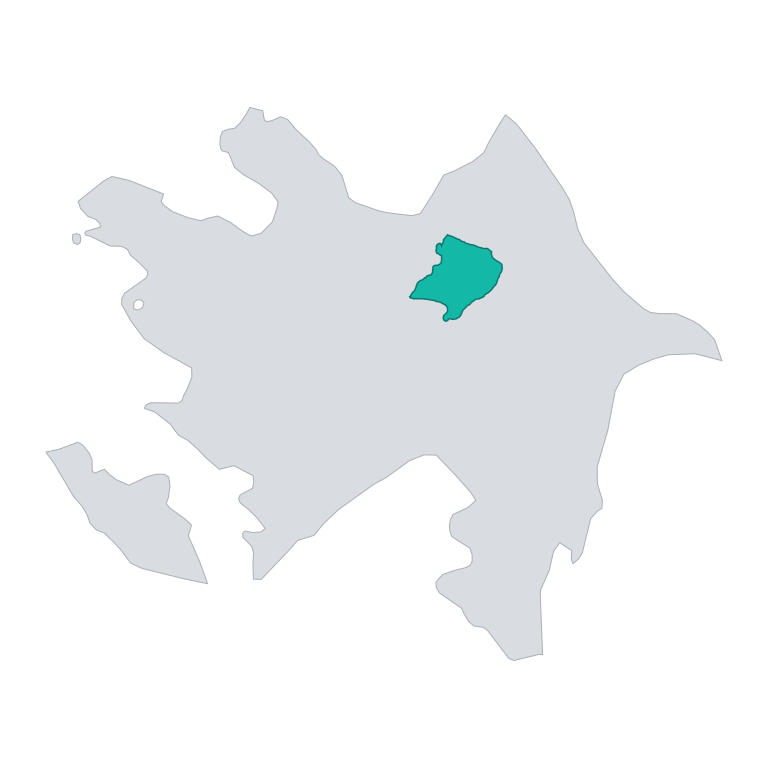 location of Ismailli District, İsmayıllı, Azerbaijan
{"feature_id": "54616110B45290451128830", "entity_name": "Ismailli District", "entity_type": "district", "adm_level": 2, "iso_a3": "AZE", "parent_name": "Azerbaijan", "parent_adm1": "İsmayıllı", "projection": "equal_earth", "projection_center": [48.125, 40.803], "detail": "fine", "context": "in_parent", "style": "filled", "palette": "teal", "viewbox_px": 768, "rotation_deg": 0, "n_neighbors": 0, "source": "geoboundaries", "source_scale": "gbopen_adm2", "svg_char_len": 5587}
<svg xmlns="http://www.w3.org/2000/svg" viewBox="0 0 768 768"><path d="M542.6,654.6L539.1,654.3L514.2,660.5L508.9,658.5L487.5,630.4L483.1,627.3L473.9,626.0L468.5,621.4L464.1,613.9L461.6,608.3L439.6,593.1L436.3,587.5L435.9,582.6L439.1,578.2L442.8,574.5L453.6,570.7L466.2,567.5L470.2,565.2L472.2,561.1L472.1,554.7L470.0,548.3L452.0,536.7L450.0,531.7L449.4,525.6L450.5,519.2L453.3,514.3L468.0,507.5L475.8,500.4L470.9,492.6L455.1,474.7L436.3,455.1L423.8,454.9L409.4,460.7L386.2,477.5L373.4,484.6L356.7,496.5L338.4,509.7L323.5,523.7L314.1,535.3L297.6,540.4L289.1,550.2L261.2,579.4L253.4,579.1L253.0,564.5L253.5,553.0L251.8,546.4L242.9,537.3L242.8,533.4L245.2,531.0L252.1,532.5L260.9,532.0L265.2,528.4L255.8,516.5L247.4,508.5L240.3,503.1L238.8,499.9L238.8,497.6L240.3,494.9L252.5,488.3L253.8,482.3L253.0,475.6L233.8,465.7L219.3,469.3L206.4,458.2L198.2,449.6L187.9,440.4L178.6,435.3L169.9,423.8L154.6,411.9L144.7,408.5L144.9,406.7L146.7,404.5L150.9,402.7L178.4,403.1L181.8,401.0L183.5,395.9L187.4,388.3L191.9,377.2L191.6,367.9L164.2,352.8L144.3,338.9L130.7,320.7L121.5,304.0L121.9,298.4L124.7,293.1L146.3,277.8L147.8,273.8L147.3,271.1L139.8,263.3L130.4,255.2L127.4,249.3L121.4,246.3L110.0,246.0L90.1,236.1L85.8,235.2L84.9,233.2L85.9,231.2L100.3,227.2L100.1,223.9L95.9,219.5L87.8,216.3L80.5,208.4L78.1,201.3L104.2,180.6L111.9,176.5L128.7,180.3L163.6,194.0L161.2,201.7L164.7,205.9L172.7,211.8L188.1,217.7L201.1,220.8L207.8,218.2L217.9,216.0L230.9,222.8L242.9,231.4L248.9,234.9L252.1,236.0L261.3,233.1L272.4,221.9L276.8,208.5L278.1,202.0L271.7,193.1L258.6,183.4L243.9,174.9L234.5,167.4L228.5,152.6L222.4,151.0L220.9,149.1L219.9,144.0L220.3,137.0L222.4,131.6L228.4,129.2L234.5,128.4L240.0,123.2L246.9,113.1L249.8,107.5L262.7,110.7L264.3,119.8L266.6,121.7L271.9,120.6L280.8,116.8L287.8,119.7L296.9,130.5L309.4,141.9L316.1,149.6L318.8,154.9L325.2,160.0L334.5,166.1L342.0,175.5L348.6,197.6L355.3,202.7L379.6,211.1L388.1,212.8L411.9,215.7L420.3,213.6L432.6,194.6L443.7,175.1L454.0,171.0L472.6,161.6L483.8,152.7L488.4,143.1L498.9,124.9L505.4,114.8L516.3,123.8L535.4,148.3L562.7,188.3L569.4,199.7L573.9,212.8L577.7,228.8L584.0,242.9L611.9,278.5L623.9,291.7L643.5,308.7L650.5,312.5L659.6,313.6L676.3,313.7L691.8,320.4L699.5,325.0L707.4,331.8L714.6,339.7L721.9,360.7L695.0,353.7L668.0,354.8L652.8,359.3L638.0,365.5L623.9,374.2L615.1,391.1L607.8,430.3L597.1,467.1L597.5,484.2L602.4,500.5L601.9,508.3L596.9,511.6L590.7,518.6L582.4,552.5L578.3,559.3L572.9,563.5L571.4,559.5L571.7,550.6L559.7,542.7L553.5,551.5L549.3,570.2L540.6,589.9L540.2,593.7L542.6,654.6ZM142.7,307.5L143.9,302.3L140.6,299.9L137.0,299.8L133.9,302.4L133.8,308.9L138.1,310.1L142.7,307.5ZM51.9,460.4L47.9,455.0L46.1,452.0L58.1,449.5L78.1,442.2L83.4,445.7L89.1,453.1L92.0,459.4L92.3,471.2L94.7,473.1L104.4,469.2L108.7,473.9L116.0,479.6L128.9,485.2L147.7,476.4L157.0,474.2L164.6,474.3L168.7,477.1L170.0,486.2L168.4,497.5L166.2,503.7L170.0,508.2L185.2,519.1L191.5,525.2L188.3,535.7L199.5,561.3L203.2,571.3L207.6,583.7L184.3,578.9L142.2,568.5L130.7,563.1L119.9,548.8L113.5,541.9L104.0,533.0L96.1,529.7L90.2,523.5L86.9,514.4L82.0,506.2L73.5,496.5L54.4,463.8L51.9,460.4ZM80.1,242.7L77.5,244.5L73.5,242.7L72.4,238.8L72.8,234.6L76.7,233.6L79.9,234.8L80.8,238.6L80.1,242.7Z" fill="#d9dde1" stroke="#a8b0b8" stroke-width="1"/><path d="M447.5,234.8L446.7,235.9L446.0,236.8L444.9,238.0L443.9,239.1L443.4,240.0L443.5,241.5L442.7,243.0L442.3,243.8L441.9,245.4L441.6,246.0L441.3,245.4L441.1,244.5L440.4,243.5L438.9,243.5L438.0,244.0L437.2,244.7L436.7,245.4L436.3,246.5L436.5,247.8L436.3,249.4L435.9,250.7L436.5,252.1L436.7,253.1L438.2,253.6L439.2,254.5L441.6,255.8L441.6,257.5L441.6,259.3L441.3,261.9L440.9,263.2L439.4,264.4L437.9,265.2L434.8,265.4L433.8,265.8L433.0,266.8L432.9,268.8L432.6,270.6L432.5,272.3L431.8,273.8L431.4,274.9L430.3,274.9L429.7,275.1L428.8,275.2L427.8,275.6L426.7,276.2L426.3,276.6L425.6,277.7L424.4,278.0L423.9,278.7L422.7,279.7L421.7,280.1L420.5,280.5L419.4,281.4L418.6,281.8L417.7,282.7L417.2,283.7L417.0,284.4L416.4,285.7L416.2,286.6L415.8,287.8L415.2,289.0L415.2,289.6L414.8,290.2L414.2,290.9L413.7,291.6L413.0,292.0L412.5,292.6L412.1,293.2L411.8,294.0L411.0,294.8L410.7,295.2L410.4,296.6L409.7,296.8L410.2,297.7L413.2,298.7L415.8,298.7L418.6,298.7L421.4,298.7L423.3,298.9L427.9,299.4L431.0,300.0L433.3,300.3L434.9,300.7L436.1,301.5L438.8,301.7L440.7,302.4L442.7,303.6L444.5,304.5L445.6,305.2L446.8,306.4L447.5,308.2L447.6,309.6L447.5,311.6L446.4,313.0L445.2,314.2L444.1,315.1L443.4,316.4L443.2,318.3L443.8,320.0L445.1,320.9L445.9,321.2L446.5,321.0L447.5,320.6L448.7,318.9L449.9,318.6L451.4,319.2L453.2,319.3L453.4,319.3L456.1,318.9L457.5,318.0L459.6,316.8L460.5,315.5L461.5,313.6L462.2,311.8L463.0,310.1L464.9,308.2L466.1,307.1L467.5,305.4L468.2,305.2L469.6,304.7L470.9,303.0L471.4,302.4L473.4,301.0L474.5,300.3L476.0,299.0L478.6,299.0L481.5,297.7L483.9,296.5L484.7,294.9L486.2,293.8L487.9,292.9L489.1,291.9L490.8,290.4L492.3,288.8L493.0,287.7L494.3,286.2L495.7,284.7L496.6,283.0L497.2,281.2L498.2,277.8L499.3,276.7L499.3,275.7L499.9,274.0L500.3,273.2L501.1,272.4L501.4,271.6L501.7,270.6L502.1,269.5L502.1,267.7L501.9,264.5L500.3,263.0L496.1,260.5L492.7,257.8L491.9,256.1L491.3,253.2L491.6,251.6L490.7,251.1L489.8,250.4L488.5,249.2L487.5,248.6L485.8,248.4L484.2,248.7L481.8,248.0L479.8,247.5L477.9,247.1L476.4,246.2L474.9,245.6L473.5,245.1L472.3,244.8L470.5,244.6L469.1,244.3L467.7,243.7L466.1,243.3L464.8,242.5L464.0,241.8L462.2,241.5L461.0,240.9L460.3,240.5L459.4,239.4L457.5,239.3L456.5,238.4L455.3,238.2L454.7,237.6L452.7,236.7L450.7,236.0L448.6,235.4L447.5,234.8Z" fill="#14b8a6" stroke="#0f766e" stroke-width="1.5"/></svg>